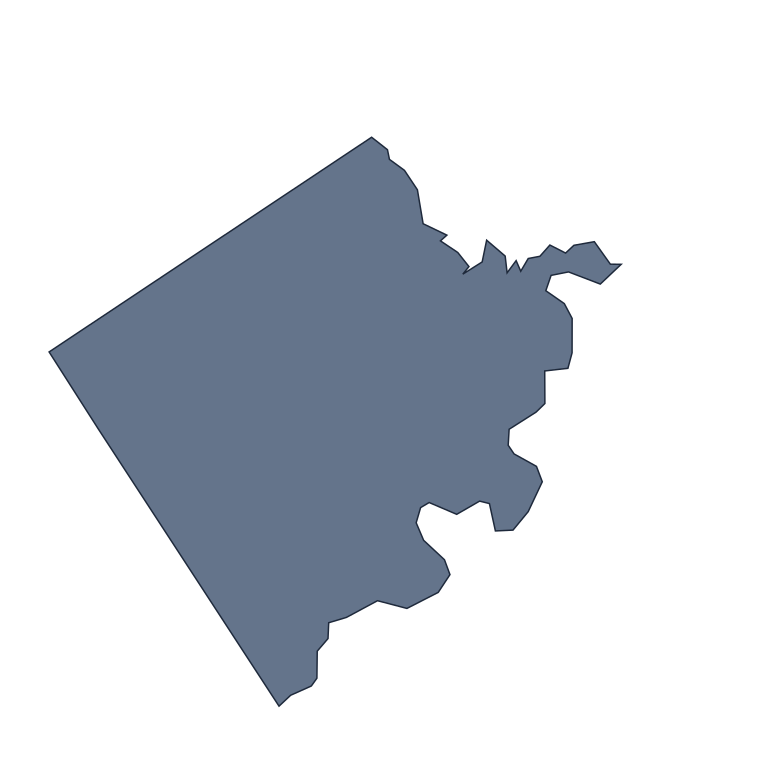 outline of Carroll, Missouri, United States of America, rotated 327°
{"feature_id": "52423323B35282580244163", "entity_name": "Carroll", "entity_type": "district", "adm_level": 2, "iso_a3": "USA", "parent_name": "United States of America", "parent_adm1": "Missouri", "projection": "mercator", "projection_center": [-93.364, 39.411], "detail": "fine", "context": "isolated", "style": "filled", "palette": "slate", "viewbox_px": 768, "rotation_deg": 327, "n_neighbors": 0, "source": "geoboundaries", "source_scale": "gbopen_adm2", "svg_char_len": 975}
<svg xmlns="http://www.w3.org/2000/svg" viewBox="0 0 768 768"><g transform="rotate(327 384 384)"><path d="M120.6,174.7L119.9,265.6L120.5,597.0L136.2,594.2L158.6,597.7L167.5,594.2L182.5,571.7L198.4,567.0L207.6,554.1L225.4,559.3L260.5,562.2L281.0,584.7L316.0,588.3L335.5,579.8L339.0,564.3L332.1,536.7L335.4,517.9L347.4,507.6L357.3,508.0L374.0,532.9L400.4,534.3L407.3,541.7L397.4,567.9L412.6,576.8L435.4,569.6L463.5,552.2L467.0,536.1L455.0,513.5L454.8,503.0L464.3,490.1L496.3,490.4L508.3,488.0L525.9,460.6L546.8,471.0L558.7,460.3L577.5,431.5L579.0,414.8L570.5,393.9L583.3,383.9L599.8,390.5L619.8,418.0L648.1,412.8L639.1,406.8L637.9,379.2L618.8,371.1L607.6,373.1L598.8,357.8L584.3,361.8L573.3,357.3L560.1,363.9L562.0,352.5L547.8,357.8L555.3,342.7L548.4,319.3L532.8,335.1L509.9,334.8L519.2,331.8L517.5,313.9L509.3,294.7L517.8,293.4L504.1,270.9L517.8,239.3L517.5,215.9L510.9,198.6L514.5,189.4L508.0,170.3L120.6,174.7Z" fill="#64748b" stroke="#1e293b" stroke-width="1.5"/></g></svg>